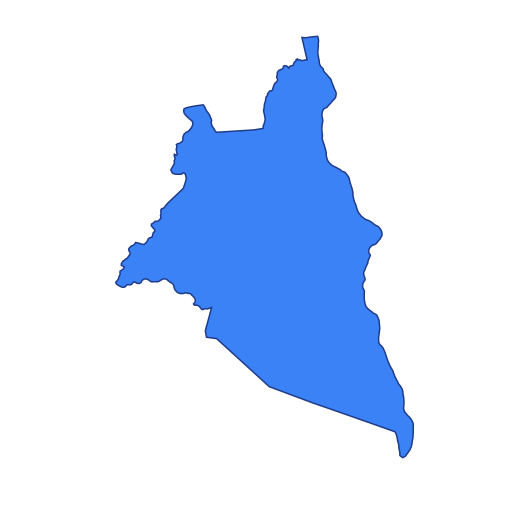 outline of Muquém do São Francisco, Bahia, Brazil, rotated 355°
{"feature_id": "56859067B68849060485807", "entity_name": "Muquém do São Francisco", "entity_type": "district", "adm_level": 2, "iso_a3": "BRA", "parent_name": "Brazil", "parent_adm1": "Bahia", "projection": "natural_earth1", "projection_center": [-43.521, -12.213], "detail": "fine", "context": "isolated", "style": "filled", "palette": "blue", "viewbox_px": 512, "rotation_deg": 355, "n_neighbors": 0, "source": "geoboundaries", "source_scale": "gbopen_adm2", "svg_char_len": 6093}
<svg xmlns="http://www.w3.org/2000/svg" viewBox="0 0 512 512"><g transform="rotate(355 256 256)"><path d="M216.6,100.8L208.8,101.2L202.8,101.8L199.5,102.3L197.2,103.1L196.6,104.9L196.9,107.6L198.7,110.3L200.9,112.8L204.1,116.0L204.7,118.0L204.3,120.1L202.6,122.9L199.8,125.6L197.2,126.7L194.9,128.4L193.6,131.0L193.4,132.6L193.3,134.3L192.3,135.6L190.9,136.3L189.6,137.1L187.8,137.3L186.4,138.0L186.7,140.2L185.8,142.9L186.0,144.7L186.1,146.1L186.5,148.0L185.5,148.7L183.6,147.5L183.2,148.9L183.9,151.0L183.6,152.7L182.7,154.3L182.9,156.1L182.1,157.8L180.1,160.6L178.6,162.9L180.0,166.2L182.5,167.4L186.0,167.9L188.1,167.9L189.3,167.9L190.5,166.9L191.7,167.1L192.6,167.9L193.4,172.3L192.5,175.3L189.5,182.3L176.4,192.7L173.1,195.3L170.3,198.0L169.3,199.2L168.0,200.4L166.3,200.6L165.3,201.6L165.1,203.4L165.1,205.3L164.4,207.4L164.6,209.7L163.5,211.1L162.0,212.4L160.6,212.8L158.5,212.6L157.1,213.7L155.9,214.6L154.7,215.0L154.3,216.7L155.4,218.3L156.6,220.0L157.4,221.2L157.4,222.6L155.8,223.7L155.0,225.4L154.6,227.1L153.8,228.2L152.6,228.4L151.4,228.6L150.4,229.3L149.4,230.8L148.6,232.2L147.1,233.7L145.4,234.6L143.9,234.4L142.7,234.1L141.3,233.4L140.2,232.9L138.7,232.6L137.4,232.0L136.4,233.1L135.4,234.2L134.4,234.8L133.0,235.0L131.6,236.0L130.4,237.1L129.7,238.1L129.9,239.8L130.8,241.5L130.8,243.1L129.7,244.4L128.6,245.6L127.8,246.9L126.6,247.3L125.6,247.9L124.5,248.8L123.3,249.3L122.2,250.5L121.2,251.9L121.0,253.7L122.3,254.3L123.8,255.4L123.2,256.7L122.0,257.8L120.6,258.6L119.3,259.2L119.0,260.8L119.1,262.5L118.1,263.9L117.5,265.3L117.0,266.7L115.7,268.4L114.0,269.8L114.5,271.7L115.7,272.8L117.6,274.1L119.0,275.0L120.1,275.4L121.4,275.6L123.0,275.3L123.9,274.4L124.8,273.6L125.9,273.4L127.4,273.7L128.9,273.7L130.4,272.6L131.5,271.3L133.2,271.5L135.3,272.9L137.3,273.2L139.1,272.5L140.4,270.4L142.2,269.4L143.4,269.1L145.0,269.5L146.3,270.1L147.9,271.3L148.8,272.2L150.0,272.7L151.6,272.7L152.8,272.8L154.2,272.9L155.7,273.1L157.5,272.7L159.2,271.7L161.5,270.8L163.2,270.8L164.3,271.2L165.4,271.8L166.5,273.2L167.8,274.2L168.8,275.0L170.7,276.6L171.5,278.3L171.6,279.9L172.0,281.9L172.9,283.5L174.2,285.1L176.3,286.5L178.0,286.9L179.6,287.0L180.8,287.0L182.3,286.6L183.8,286.8L185.1,287.4L186.8,287.6L187.9,288.2L188.6,289.4L189.5,290.3L190.6,291.6L191.6,293.7L191.6,295.7L190.9,297.2L189.5,298.3L190.3,299.6L192.6,299.8L194.1,300.4L195.2,301.5L196.5,303.2L197.1,304.3L198.3,304.8L199.7,304.2L201.1,304.2L203.0,304.5L204.4,304.2L205.8,303.9L207.2,303.4L204.3,311.7L200.0,323.3L199.0,326.3L199.6,332.6L209.6,334.9L257.8,387.3L299.9,407.4L316.3,414.7L348.6,429.3L379.1,443.2L379.9,445.0L380.4,447.0L380.7,449.0L380.9,451.2L381.0,452.9L381.4,454.5L381.7,457.4L381.6,459.5L381.7,460.9L382.0,462.4L382.1,464.5L382.1,465.8L381.9,467.1L382.9,468.3L384.7,469.7L387.4,468.4L390.0,465.5L390.7,464.5L391.7,463.4L392.7,462.2L393.2,461.0L394.0,459.5L394.8,457.4L395.4,454.6L396.5,450.6L397.3,445.0L397.7,440.9L398.0,438.1L397.7,435.3L396.5,432.6L394.9,430.0L393.4,428.4L391.8,426.1L390.8,424.7L390.1,423.1L389.7,420.4L390.1,418.6L390.5,416.0L390.8,413.0L390.8,410.9L390.7,408.4L390.4,406.4L390.5,403.7L389.9,401.0L388.5,398.1L386.8,395.6L385.7,392.6L384.0,388.6L382.6,383.8L382.2,381.9L380.9,379.4L379.6,376.3L378.9,374.1L378.4,372.6L377.1,367.6L376.3,363.8L374.7,359.0L373.1,356.5L371.6,355.0L371.0,353.5L370.8,352.0L370.8,350.4L371.1,347.3L372.3,342.3L372.9,339.4L373.0,337.3L373.0,331.0L372.1,327.8L371.0,325.2L370.0,324.4L369.0,323.9L367.7,322.9L366.2,321.4L364.9,320.3L362.5,317.9L361.1,315.7L360.4,312.9L360.1,308.8L360.3,305.1L360.9,300.5L360.4,298.7L359.5,296.6L359.6,294.6L360.0,293.1L360.7,291.7L361.6,290.6L362.6,289.2L362.6,287.5L361.9,285.1L361.7,282.8L362.0,281.2L363.1,279.6L364.4,276.7L366.8,272.7L367.1,270.8L368.6,268.0L369.3,266.8L370.0,265.1L368.9,263.3L368.6,261.5L368.9,259.6L370.0,257.8L371.9,256.0L373.0,255.4L375.1,255.0L376.2,254.5L377.7,253.3L379.1,251.7L381.1,249.8L383.0,247.0L383.4,245.7L383.5,244.0L382.8,240.9L381.2,238.4L380.4,237.4L379.4,236.7L377.3,235.5L374.1,232.5L372.2,231.0L367.7,228.7L364.5,225.7L361.8,221.5L360.9,218.8L359.9,213.9L358.8,210.7L358.2,207.4L357.9,204.1L358.1,201.1L357.8,199.0L357.3,195.9L356.7,193.6L356.0,190.4L355.7,188.0L355.4,186.0L353.9,183.3L352.1,180.5L350.6,179.7L349.1,179.1L348.2,178.3L347.4,177.2L345.7,176.3L344.0,175.0L342.5,174.1L341.0,173.3L339.4,172.1L337.7,170.3L336.4,168.5L335.4,166.2L335.0,163.6L334.7,162.3L335.0,159.0L334.4,155.5L333.9,153.1L333.7,151.5L333.2,149.6L332.6,147.3L332.4,146.0L332.2,144.2L332.6,142.9L332.7,141.2L332.6,139.1L332.6,135.5L333.0,133.0L333.5,129.7L334.0,128.6L334.4,126.9L333.9,121.6L334.2,120.0L334.7,118.0L335.3,116.8L336.0,115.8L337.2,114.8L338.7,114.5L340.0,113.8L341.2,112.4L343.4,110.6L345.7,108.2L347.6,106.7L349.1,104.9L349.7,102.9L350.0,101.4L349.9,99.6L348.9,97.0L348.0,93.9L346.9,90.4L346.1,86.9L345.2,85.2L344.0,84.0L343.3,82.8L341.9,80.9L340.4,79.1L339.4,77.2L339.3,75.8L338.7,74.6L337.8,73.8L336.9,72.4L336.1,70.6L335.9,69.0L335.9,65.9L335.6,64.3L335.5,62.3L335.3,60.4L335.3,59.0L335.5,57.1L335.9,55.2L336.5,51.6L336.5,50.0L336.9,48.3L337.1,46.8L337.0,44.4L336.5,42.5L331.1,42.6L329.0,42.6L326.8,42.8L324.5,43.0L323.1,42.6L320.8,42.3L324.0,65.0L322.4,64.9L320.5,65.3L318.5,65.3L316.7,64.4L314.9,64.5L314.4,63.3L313.1,63.9L312.7,65.2L311.2,66.2L310.3,67.6L309.4,69.5L307.0,69.7L305.7,70.4L305.1,71.8L303.8,70.1L303.0,69.3L301.4,68.9L300.0,69.2L299.3,71.3L298.0,72.2L296.8,72.5L295.3,72.9L293.9,74.1L293.1,75.4L293.1,77.0L292.5,78.3L292.2,80.1L292.9,81.7L292.7,83.3L291.4,84.4L290.2,85.3L289.4,86.2L288.6,87.7L287.3,90.8L286.9,92.0L286.0,92.8L284.3,92.7L282.7,94.2L281.8,95.3L281.2,97.2L279.9,98.5L279.1,101.5L278.8,102.8L278.2,104.1L277.7,105.3L277.3,107.2L277.0,109.2L276.3,111.2L276.3,113.2L276.7,115.7L276.8,117.8L277.0,119.2L277.0,121.1L276.4,123.0L275.7,124.8L274.7,126.8L274.3,128.2L274.2,129.5L265.1,130.2L227.3,129.3L225.8,127.1L225.1,125.3L223.7,123.0L223.2,121.0L223.0,119.0L223.6,117.1L223.4,115.5L222.7,114.4L222.3,112.2L220.9,109.4L219.9,107.9L219.0,106.2L218.2,103.8L217.5,102.2L216.6,100.8Z" fill="#3b82f6" stroke="#1e3a8a" stroke-width="1.5"/></g></svg>